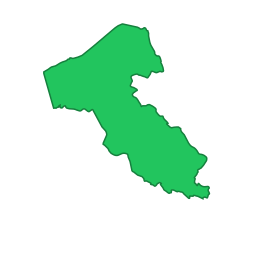 SVG path tracing the border of Farah, rotated 65°
{"feature_id": "AFG-1749", "entity_name": "Farah", "entity_type": "Province", "adm_level": 1, "iso_a3": "AFG", "parent_name": "Afghanistan", "parent_adm1": "", "projection": "albers", "projection_center": [62.843, 32.453], "detail": "fine", "context": "isolated", "style": "filled", "palette": "green", "viewbox_px": 256, "rotation_deg": 65, "n_neighbors": 0, "source": "natural_earth", "source_scale": "10m", "svg_char_len": 5634}
<svg xmlns="http://www.w3.org/2000/svg" viewBox="0 0 256 256"><g transform="rotate(65 128 128)"><path d="M78.6,187.0L43.2,181.3L41.6,180.6L41.1,175.4L40.5,172.7L40.4,171.4L41.1,167.3L40.5,162.2L40.5,159.5L40.9,156.1L40.8,154.9L40.4,153.7L40.3,153.2L40.8,152.0L40.5,151.6L40.1,151.4L40.0,151.1L40.3,150.2L41.6,148.7L41.9,147.7L42.6,143.4L42.8,138.9L39.4,125.2L31.8,97.4L31.2,93.8L31.3,89.4L31.6,88.7L40.6,76.9L41.9,75.8L43.5,74.9L43.9,74.2L44.2,73.1L44.2,72.2L44.0,71.3L44.2,70.5L45.0,69.9L47.2,69.8L47.9,69.6L48.2,69.0L50.8,69.3L53.4,70.5L59.5,72.0L62.6,72.3L69.3,71.7L70.1,71.7L70.7,71.8L71.6,72.3L72.1,72.3L72.7,72.3L74.0,71.9L74.6,71.5L75.0,71.2L75.5,70.1L75.8,69.7L76.3,69.4L77.3,69.2L79.5,69.4L81.6,69.8L82.3,70.6L83.1,70.6L84.5,70.5L88.0,70.8L91.0,71.6L91.5,72.0L91.6,72.3L91.5,72.9L91.5,73.4L91.3,73.8L91.1,74.1L90.4,74.7L90.3,75.0L90.1,75.3L90.1,75.8L90.0,78.2L89.8,79.0L89.6,79.3L88.7,80.2L88.1,80.7L87.8,80.9L87.4,81.5L86.8,82.1L86.7,82.4L86.6,82.9L86.9,83.3L88.7,85.3L90.7,88.7L90.7,89.3L90.2,89.9L88.9,90.9L88.5,91.3L87.7,92.3L86.1,93.9L85.5,94.4L85.3,94.6L84.8,95.6L84.6,95.8L84.4,96.0L83.3,96.6L83.1,96.9L82.9,97.2L82.6,98.0L82.3,99.8L82.2,101.8L82.3,102.7L82.6,103.4L83.0,103.6L83.4,103.9L83.9,104.0L86.7,104.1L87.2,104.3L87.5,104.5L87.8,104.9L88.3,105.7L90.0,107.5L90.6,108.0L91.1,108.1L91.4,108.0L92.1,107.6L93.8,105.7L96.2,104.0L96.9,103.6L97.6,103.7L97.8,103.8L97.9,105.4L98.0,106.1L98.3,106.9L98.3,107.8L98.4,108.2L98.8,108.8L99.0,109.3L99.3,109.8L99.9,110.0L100.6,110.1L101.2,110.0L102.3,109.5L103.7,108.2L104.1,108.0L104.8,107.7L106.2,107.4L110.0,107.0L111.7,106.7L112.8,106.7L113.7,106.9L114.0,106.8L114.2,106.7L114.1,105.7L114.1,105.3L115.4,102.5L115.5,102.1L115.5,101.6L115.3,101.0L115.3,100.5L115.4,99.9L115.7,99.0L116.0,98.5L116.3,98.3L117.0,97.8L118.2,96.8L119.6,95.9L121.5,94.9L122.1,94.7L122.7,94.7L123.2,94.8L124.4,95.5L125.0,95.6L125.4,95.6L127.8,95.1L129.7,94.5L130.4,94.1L130.9,93.7L131.2,93.3L131.3,92.9L131.5,92.4L131.8,91.8L132.0,91.5L132.3,91.4L134.1,91.6L134.7,91.5L135.4,91.4L139.3,90.0L140.4,89.8L140.6,89.8L140.4,90.6L140.5,90.9L140.6,91.1L140.9,91.2L144.9,89.6L146.2,88.4L146.3,88.2L146.4,87.8L146.4,87.6L146.5,86.9L146.8,85.9L147.6,83.7L148.1,82.6L148.5,81.8L148.9,81.6L149.9,81.1L150.7,80.5L152.3,81.1L153.8,81.1L154.5,81.0L158.0,79.9L167.3,79.5L169.7,79.0L171.6,78.2L173.4,76.8L174.3,76.2L175.8,75.6L177.7,75.1L180.8,74.8L181.5,74.5L182.1,74.0L182.8,72.8L183.7,71.7L184.4,71.1L185.3,70.4L187.3,69.4L188.5,69.3L190.2,70.2L190.9,70.9L193.6,75.2L195.1,78.5L195.2,78.9L195.2,79.8L195.4,80.8L195.3,81.6L195.4,82.1L195.5,82.4L195.7,82.6L196.3,82.9L196.7,83.0L197.2,83.0L197.5,83.2L197.7,83.4L198.0,84.2L198.2,84.4L198.8,84.9L199.2,85.4L200.6,88.1L200.9,88.7L201.2,88.9L202.1,88.6L202.4,88.6L202.7,88.8L203.8,89.8L205.8,90.9L206.0,90.9L206.6,90.4L207.0,90.2L207.4,90.1L208.6,90.0L209.1,89.8L209.3,89.7L209.4,89.4L209.3,89.2L209.1,89.0L208.2,88.0L208.0,87.7L208.3,87.3L208.6,87.2L209.8,86.8L210.7,86.5L211.5,85.9L212.1,85.4L212.6,85.0L213.0,84.4L213.7,83.2L214.7,80.4L215.2,79.8L216.0,79.7L216.5,79.7L216.8,79.9L217.0,80.1L217.1,80.6L217.7,81.3L218.3,81.7L218.7,81.8L219.0,81.9L219.6,81.8L221.2,81.8L221.7,81.9L222.0,82.0L222.2,82.4L222.3,83.0L222.7,83.7L224.1,84.8L224.8,85.7L224.8,85.8L224.7,86.0L223.2,87.4L223.0,87.8L222.9,88.2L222.9,89.0L223.0,89.6L223.8,90.0L219.7,93.3L219.2,93.8L218.8,94.4L218.4,94.9L217.5,95.8L217.1,96.4L216.8,96.9L216.8,97.2L216.9,97.4L217.2,97.5L217.3,97.8L217.2,98.1L217.0,98.5L216.6,99.2L215.9,100.6L215.8,100.9L216.0,101.1L217.2,101.5L217.6,101.9L217.7,102.0L217.6,102.3L217.4,102.6L217.1,102.8L211.1,105.3L210.0,105.5L209.6,105.7L209.2,106.0L208.7,106.4L208.2,107.3L207.4,108.1L206.7,109.2L206.6,109.5L206.5,109.8L206.6,110.2L206.4,110.5L205.9,111.0L204.1,112.4L203.3,113.2L202.9,114.1L202.7,114.7L202.8,115.0L203.0,115.2L203.7,115.4L204.8,116.1L204.9,116.3L204.9,116.6L204.6,117.2L204.5,117.5L204.6,118.2L204.2,118.7L203.4,119.2L201.2,120.3L199.7,121.3L199.2,121.5L196.8,121.6L193.5,122.3L193.0,122.3L192.7,122.3L192.5,121.9L192.4,121.5L192.3,121.3L192.1,121.4L191.6,121.6L191.0,122.2L190.8,122.5L190.8,123.7L190.9,124.9L191.0,125.2L191.1,125.4L191.5,125.9L191.7,126.3L192.1,127.4L192.1,127.9L192.0,128.3L191.7,128.6L191.0,128.9L190.3,129.3L189.7,129.9L189.1,130.8L188.8,131.1L188.6,131.2L188.2,131.1L187.8,130.6L187.6,130.7L187.2,130.9L183.9,133.6L183.7,133.9L183.5,134.2L183.4,135.0L183.3,135.3L183.0,135.5L182.3,135.5L180.8,135.1L180.4,135.1L178.3,135.7L177.9,135.9L175.3,138.6L174.8,139.1L173.9,139.6L170.3,141.4L169.2,142.3L168.1,142.4L159.3,140.3L154.5,140.1L152.3,139.5L151.7,139.5L151.3,139.7L150.9,140.0L149.9,141.1L149.5,141.7L149.1,142.4L148.7,143.7L148.6,144.3L148.5,148.4L148.4,149.0L148.2,149.7L147.9,150.2L147.5,150.9L146.8,151.7L145.9,152.5L144.2,153.7L143.5,154.1L140.9,154.8L138.3,154.8L137.9,154.9L133.6,156.5L132.3,157.4L131.7,157.1L131.2,156.8L125.6,150.5L124.9,150.0L124.3,149.8L122.8,149.5L121.8,149.5L121.2,149.5L116.0,151.1L96.5,152.2L96.2,152.6L96.1,152.8L96.1,153.1L96.2,153.4L96.3,153.7L96.4,154.5L96.7,155.9L96.7,156.3L96.5,156.8L95.8,157.4L92.9,158.9L92.4,159.3L92.1,159.8L91.9,160.4L91.9,160.8L91.9,161.1L92.2,162.3L92.4,163.2L92.4,163.5L92.3,164.1L92.0,164.7L91.3,165.5L89.9,167.0L89.1,167.7L88.0,169.0L85.8,173.0L84.2,175.0L83.2,175.5L82.0,175.4L81.5,175.5L81.3,175.7L81.2,176.1L81.2,176.9L81.3,177.7L81.7,178.3L81.9,178.9L81.8,179.5L81.6,180.0L80.9,180.7L80.4,180.9L80.1,180.9L79.7,180.4L79.5,180.5L79.3,180.7L79.2,180.7L78.9,180.1L78.6,179.9L78.6,180.1L78.6,180.5L78.9,181.6L79.2,182.1L79.7,182.5L79.4,183.5L79.4,183.8L79.6,184.5L79.6,184.9L79.2,185.4L78.6,187.0Z" fill="#22c55e" stroke="#15803d" stroke-width="1.5"/></g></svg>